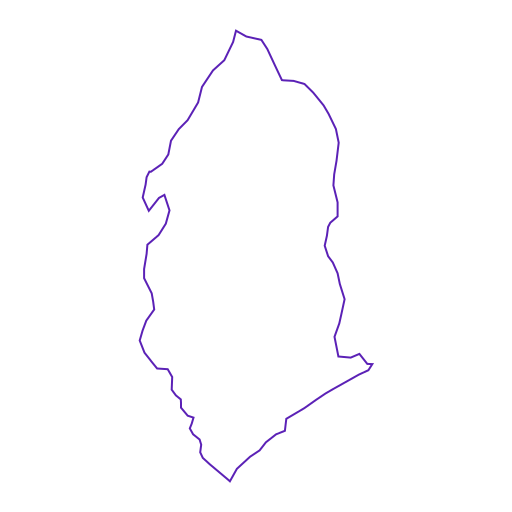 Voroklini, Larnaca, Cyprus
{"feature_id": "46923920B52896679551870", "entity_name": "Voroklini", "entity_type": "district", "adm_level": 2, "iso_a3": "CYP", "parent_name": "Cyprus", "parent_adm1": "Larnaca", "projection": "natural_earth1", "projection_center": [33.657, 34.987], "detail": "fine", "context": "isolated", "style": "outline", "palette": "violet", "viewbox_px": 512, "rotation_deg": 0, "n_neighbors": 0, "source": "geoboundaries", "source_scale": "gbopen_adm2", "svg_char_len": 1373}
<svg xmlns="http://www.w3.org/2000/svg" viewBox="0 0 512 512"><path d="M149.4,171.6L146.6,177.2L145.6,184.6L142.7,197.5L148.8,210.8L159.0,197.9L164.4,194.9L169.5,210.4L165.8,223.7L158.6,235.1L147.4,244.7L146.6,253.9L144.1,269.0L144.1,278.2L151.7,293.3L153.2,301.8L154.2,309.5L146.3,320.6L142.6,330.5L139.7,340.5L144.5,352.7L150.3,360.0L151.1,361.1L157.1,368.5L167.7,369.2L172.2,377.0L171.7,389.7L175.9,395.4L180.8,399.4L181.0,402.9L181.0,407.7L187.7,415.7L193.5,417.6L191.7,423.7L189.8,428.4L193.1,434.3L199.6,439.5L201.2,444.7L200.2,452.3L202.8,457.9L209.8,464.3L228.7,480.2L229.9,481.3L236.9,468.8L250.1,456.7L259.6,450.4L265.9,442.3L276.1,434.3L284.9,430.8L286.3,418.8L297.5,412.2L304.4,408.1L316.0,399.9L325.5,393.5L333.2,389.0L358.9,374.6L368.4,370.2L372.3,364.1L367.3,363.9L359.4,353.9L350.7,357.6L338.4,356.5L334.5,336.8L339.3,323.4L341.2,314.9L344.6,299.2L339.8,283.9L337.6,273.3L332.8,262.5L328.1,256.2L324.7,245.7L326.9,235.8L328.1,226.9L330.3,222.7L337.6,216.4L337.6,202.4L333.4,185.4L334.2,174.3L336.5,160.9L338.7,142.7L335.9,129.0L328.6,113.9L323.6,105.4L313.2,92.6L304.5,84.0L293.6,80.9L283.3,80.3L281.9,80.1L274.9,65.3L267.3,49.0L261.4,39.9L246.3,36.5L236.0,30.7L233.1,42.0L224.3,60.2L213.0,70.4L202.0,86.9L198.1,102.5L187.6,120.2L178.8,129.1L171.0,140.7L168.3,154.5L162.2,163.8L150.8,171.8L149.4,171.6Z" fill="none" stroke="#5b21b6" stroke-width="2"/></svg>